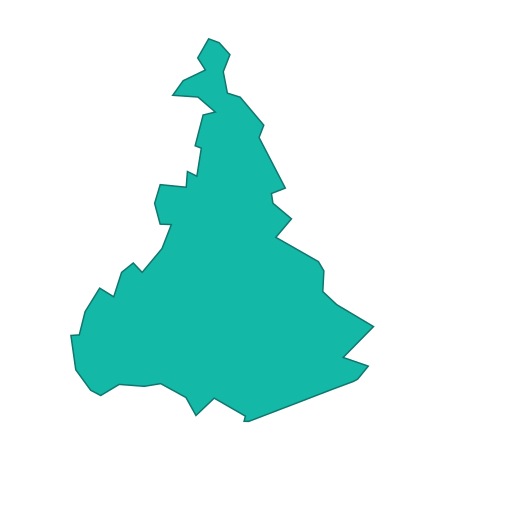 outline of Loudon, Tennessee, United States of America, rotated 111°
{"feature_id": "52423323B37878033921945", "entity_name": "Loudon", "entity_type": "district", "adm_level": 2, "iso_a3": "USA", "parent_name": "United States of America", "parent_adm1": "Tennessee", "projection": "robinson", "projection_center": [-84.348, 35.756], "detail": "fine", "context": "isolated", "style": "filled", "palette": "teal", "viewbox_px": 512, "rotation_deg": 111, "n_neighbors": 0, "source": "geoboundaries", "source_scale": "gbopen_adm2", "svg_char_len": 910}
<svg xmlns="http://www.w3.org/2000/svg" viewBox="0 0 512 512"><g transform="rotate(111 256 256)"><path d="M334.6,117.0L318.6,111.7L319.5,138.3L279.8,121.0L272.5,163.2L265.3,180.9L245.6,187.3L238.9,195.7L231.5,244.2L208.6,236.2L200.7,259.1L192.1,264.0L182.1,253.0L144.3,295.6L131.1,295.6L113.4,327.7L114.2,341.1L95.7,352.6L77.4,352.5L70.1,366.8L70.2,378.0L92.0,381.4L100.5,369.9L118.4,386.8L135.8,391.3L128.4,367.2L136.2,345.6L143.3,355.9L174.9,352.3L174.9,345.7L202.7,339.8L201.7,350.3L216.8,345.8L223.7,371.0L243.2,369.5L260.6,356.9L257.0,346.3L282.7,346.4L312.1,356.4L306.5,368.1L319.5,375.6L345.1,374.2L342.0,390.4L369.2,395.6L393.0,392.7L396.5,400.3L426.8,383.5L440.6,362.2L441.9,351.0L424.9,337.7L417.7,313.6L409.3,299.2L413.2,270.7L426.4,254.9L403.7,244.1L409.3,208.5L414.6,207.9L413.0,203.5L390.6,178.6L353.2,137.1L338.2,120.1L334.6,117.0Z" fill="#14b8a6" stroke="#0f766e" stroke-width="1.5"/></g></svg>